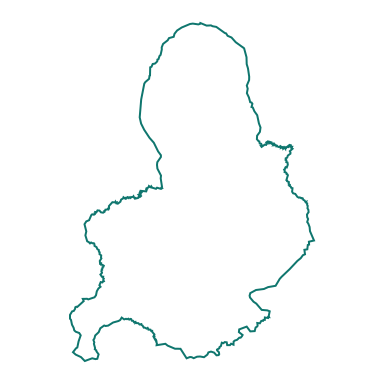 Sung Noen, Nakhon Ratchasima, Thailand
{"feature_id": "78962969B32197143294697", "entity_name": "Sung Noen", "entity_type": "district", "adm_level": 2, "iso_a3": "THA", "parent_name": "Thailand", "parent_adm1": "Nakhon Ratchasima", "projection": "mercator", "projection_center": [101.82, 14.879], "detail": "fine", "context": "isolated", "style": "outline", "palette": "teal", "viewbox_px": 384, "rotation_deg": 0, "n_neighbors": 0, "source": "geoboundaries", "source_scale": "gbopen_adm2", "svg_char_len": 6002}
<svg xmlns="http://www.w3.org/2000/svg" viewBox="0 0 384 384"><path d="M163.1,43.9L161.7,47.4L161.8,49.5L160.6,54.9L159.5,56.0L158.5,59.1L157.4,59.6L157.4,60.9L156.6,62.1L154.9,63.6L152.7,64.0L151.5,66.8L150.2,67.3L150.0,75.5L149.5,75.8L149.1,78.8L145.3,82.1L144.3,83.6L141.2,99.4L139.7,117.4L141.1,123.6L144.2,129.8L149.5,137.8L153.8,142.7L158.1,151.4L160.9,155.2L160.9,157.0L157.3,162.2L157.0,164.9L157.4,168.6L161.0,175.6L160.7,178.4L162.0,186.8L161.5,187.4L162.2,188.2L161.0,188.9L157.0,187.7L156.0,188.8L152.2,187.7L151.3,186.4L150.8,187.3L149.0,186.1L148.8,187.2L147.6,187.7L147.4,188.4L146.5,188.3L146.1,189.3L146.7,190.0L146.2,191.4L140.5,190.8L139.9,192.2L141.4,192.6L140.4,193.7L140.7,194.9L140.2,195.0L139.7,193.9L138.6,194.6L140.9,196.1L140.4,196.6L139.7,196.0L138.7,196.5L138.9,197.3L138.0,198.0L135.2,198.6L135.2,197.9L134.4,198.0L133.5,196.3L133.1,196.9L131.8,197.0L130.3,198.0L129.9,197.2L128.7,197.9L128.6,197.4L127.5,197.1L127.2,197.8L125.9,197.8L125.9,198.7L125.4,198.8L123.5,197.3L123.1,198.4L121.1,199.6L120.4,201.7L117.8,203.7L116.5,203.4L116.7,202.3L115.7,202.5L115.4,201.8L115.1,202.4L112.4,202.2L108.9,206.1L109.1,208.3L108.5,209.4L107.8,208.9L107.6,209.4L105.4,209.7L105.2,210.6L104.2,211.1L104.4,211.9L103.1,212.7L100.9,212.3L99.5,210.6L97.5,210.4L96.5,212.1L95.3,212.0L95.5,213.0L94.6,213.3L94.8,214.2L93.9,214.7L92.2,214.3L91.3,215.1L89.1,220.2L86.3,221.4L84.5,224.2L86.3,231.4L85.4,235.4L87.2,241.3L88.8,242.1L90.0,243.4L91.1,242.5L92.5,243.3L93.8,243.2L94.4,244.0L94.5,245.9L96.5,247.1L97.4,249.2L98.8,250.0L98.9,251.7L99.7,252.3L99.5,254.1L101.2,255.4L101.0,257.5L101.4,258.4L99.8,260.9L100.1,264.0L100.6,264.2L101.1,263.8L101.1,264.7L102.4,264.8L103.8,265.7L103.4,266.8L102.5,267.2L102.5,268.5L101.8,269.2L102.1,269.9L101.6,270.2L101.4,271.6L102.0,272.4L101.8,273.2L100.4,274.5L101.8,276.6L103.1,276.7L102.8,277.6L103.8,278.6L103.2,280.0L103.9,281.2L102.8,281.7L102.4,282.4L100.7,282.1L99.4,285.3L100.5,286.8L98.4,288.5L96.8,291.3L96.0,295.3L94.5,297.3L88.2,299.4L87.1,298.8L82.8,298.9L83.7,301.1L77.2,307.0L76.3,306.7L75.3,307.3L75.1,308.8L73.8,310.9L72.1,311.4L70.0,314.9L70.0,318.7L71.0,319.9L72.0,324.7L73.6,327.7L74.3,330.4L75.7,331.7L79.2,333.0L80.7,335.3L78.6,341.3L77.3,347.5L76.0,348.3L73.0,352.2L75.7,354.6L81.0,357.1L84.8,361.0L92.2,358.3L95.5,359.1L97.3,358.8L98.6,354.3L96.4,351.3L96.3,350.4L94.8,349.2L95.1,348.1L93.9,343.8L94.3,342.3L93.4,340.0L94.4,338.5L95.2,335.5L98.7,332.2L100.3,328.3L104.2,325.5L105.6,326.0L108.2,325.6L113.1,322.5L118.5,321.0L120.2,320.0L121.7,317.6L124.2,319.4L126.0,318.8L127.0,319.2L128.4,318.7L129.2,319.6L130.5,318.9L131.2,319.1L131.8,320.7L133.1,320.8L134.0,322.2L135.3,321.9L135.3,322.9L135.9,322.5L136.5,323.1L138.4,323.2L139.5,324.5L141.3,324.1L141.4,324.9L142.6,325.6L143.7,327.6L144.5,327.5L146.6,328.6L147.5,328.0L147.7,328.6L148.2,328.6L148.5,329.7L150.5,329.7L151.2,331.0L152.2,330.9L152.3,332.0L154.4,334.4L153.8,335.6L154.3,336.2L153.5,336.7L153.8,337.2L154.4,337.0L154.3,338.2L155.1,339.6L155.6,339.3L156.0,339.8L155.9,340.7L156.5,341.2L156.2,341.8L156.9,343.3L156.6,345.2L165.4,343.8L167.6,345.6L174.9,348.7L180.5,348.8L186.6,358.3L190.0,357.0L191.7,357.2L193.7,358.2L197.0,356.7L200.1,356.5L204.0,357.2L207.4,354.6L208.4,352.4L211.0,351.6L214.1,352.6L216.5,355.3L218.6,355.1L219.2,354.2L218.9,352.2L217.1,350.4L217.0,349.6L219.3,348.3L219.5,347.1L220.9,346.1L221.8,342.7L223.4,343.2L224.7,342.1L226.7,342.3L227.2,345.1L230.0,345.1L231.1,343.7L233.5,344.7L233.6,341.6L234.7,340.6L237.1,339.8L239.3,337.7L240.6,337.7L241.9,336.3L242.6,335.0L238.9,332.1L239.2,329.4L246.7,326.6L250.3,331.4L254.7,331.1L255.6,327.5L257.3,326.4L257.6,325.5L257.3,323.0L259.9,323.3L261.3,320.9L263.1,320.8L263.4,319.9L264.8,319.9L264.9,317.5L268.0,318.0L268.1,317.0L269.1,317.1L268.7,316.2L269.7,311.3L267.4,310.4L261.7,309.9L256.3,303.6L253.5,301.7L250.0,297.5L249.6,295.6L250.3,293.1L256.0,290.0L263.9,289.0L268.1,287.1L275.6,285.8L279.7,278.9L281.6,276.8L289.6,269.2L297.4,260.9L300.8,258.1L302.9,255.2L305.0,254.3L304.4,249.8L307.3,249.3L307.8,245.0L309.1,244.6L308.9,241.7L314.0,240.5L310.0,231.2L309.6,227.0L308.3,223.6L307.2,222.0L308.1,219.0L307.2,217.2L307.0,214.5L308.6,212.1L308.3,209.6L307.5,208.4L307.7,205.8L307.1,204.8L307.2,203.4L306.0,202.5L306.2,201.9L305.6,202.2L304.6,200.5L303.3,199.8L302.7,198.3L301.7,198.0L301.4,198.3L299.8,197.4L298.9,197.7L297.4,196.9L295.3,193.9L293.1,193.3L292.1,191.7L292.5,188.2L291.2,187.8L290.8,186.7L289.6,186.0L289.8,185.3L289.2,185.1L289.6,184.6L288.6,183.8L288.9,182.1L287.1,181.2L287.1,180.5L286.4,180.1L287.9,175.2L287.3,174.2L286.6,174.1L286.3,172.7L284.6,172.1L284.8,171.0L284.1,169.6L285.1,168.8L285.3,167.5L285.9,167.0L286.8,167.4L287.8,164.7L287.5,162.5L286.3,162.1L286.5,161.0L286.2,160.0L285.6,159.9L285.7,158.3L287.2,157.6L287.8,155.6L290.4,153.7L290.5,152.6L289.8,151.2L292.5,148.8L291.5,148.2L292.1,146.8L290.8,146.8L290.9,145.3L289.6,144.9L288.2,145.9L288.3,146.3L289.0,146.2L288.5,147.1L286.9,146.9L286.3,147.8L285.4,147.3L285.3,148.7L284.4,147.5L283.2,148.7L282.9,147.0L281.8,147.2L281.9,147.8L281.3,147.5L280.8,147.8L280.9,146.5L280.3,146.1L279.7,146.9L278.8,147.0L277.5,146.5L277.2,145.9L276.3,146.3L275.9,145.2L273.9,145.3L274.8,144.5L274.1,143.7L273.4,144.8L272.6,144.3L272.7,143.7L271.8,143.7L271.7,143.1L269.7,143.3L270.8,142.2L269.2,141.7L268.9,142.4L268.3,141.8L267.6,142.4L267.4,141.7L266.2,142.5L266.7,143.9L266.1,144.9L264.8,144.6L261.6,146.9L260.9,145.9L262.0,145.7L261.2,143.8L259.7,143.5L259.3,141.4L258.5,141.1L256.9,139.2L257.1,135.7L259.9,131.9L260.5,127.5L258.9,123.3L257.2,115.2L254.4,111.3L252.8,107.5L251.5,107.0L252.4,103.8L251.5,102.5L250.2,102.2L248.9,97.4L246.9,93.2L247.7,88.7L246.8,85.6L249.1,80.1L249.2,76.7L248.0,68.5L246.7,64.1L246.5,57.2L244.1,48.3L235.7,42.2L231.5,37.5L227.6,35.8L226.1,33.4L224.8,33.0L216.3,26.9L212.5,26.2L211.0,25.4L206.6,25.6L200.3,23.0L200.0,23.9L198.3,24.4L192.8,23.6L190.0,24.0L181.7,27.5L177.1,30.5L174.5,33.8L173.7,36.8L169.0,38.1L167.7,40.3L163.1,43.9Z" fill="none" stroke="#0f766e" stroke-width="2"/></svg>